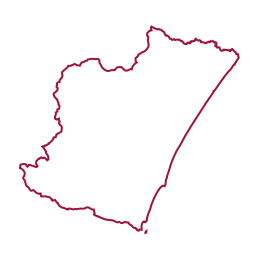 the district of Thap Sakae, Prachuap Khiri Khan, Thailand, rotated 5°
{"feature_id": "78962969B3750900919123", "entity_name": "Thap Sakae", "entity_type": "district", "adm_level": 2, "iso_a3": "THA", "parent_name": "Thailand", "parent_adm1": "Prachuap Khiri Khan", "projection": "albers", "projection_center": [99.584, 11.545], "detail": "fine", "context": "isolated", "style": "outline", "palette": "rose", "viewbox_px": 256, "rotation_deg": 5, "n_neighbors": 0, "source": "geoboundaries", "source_scale": "gbopen_adm2", "svg_char_len": 5680}
<svg xmlns="http://www.w3.org/2000/svg" viewBox="0 0 256 256"><g transform="rotate(5 128 128)"><path d="M150.5,228.3L150.0,224.7L150.3,222.2L150.7,221.1L151.4,220.1L152.4,219.7L152.7,219.8L152.7,220.3L153.0,220.4L153.5,219.7L154.4,219.5L154.9,218.2L154.7,217.2L154.9,215.1L155.9,210.8L157.1,207.1L158.2,201.7L160.1,195.7L162.4,190.0L164.3,186.3L166.0,183.9L167.3,182.8L167.8,182.4L169.6,182.7L170.3,181.1L170.2,176.9L171.0,174.3L171.1,172.6L172.7,166.3L173.5,161.8L175.7,153.9L178.4,146.6L181.6,140.3L185.9,130.3L190.6,120.8L203.2,96.9L210.5,83.9L210.2,83.7L211.1,82.9L219.6,68.3L222.9,63.4L225.5,60.1L227.9,55.7L228.7,55.6L228.9,54.2L229.2,54.1L229.3,53.6L229.8,53.1L230.0,52.1L231.8,49.1L232.1,48.4L232.0,47.7L231.5,46.9L231.5,45.6L231.3,45.0L230.4,44.9L230.0,45.1L229.6,45.1L229.0,43.4L228.3,43.1L226.1,41.2L225.3,40.9L225.0,40.3L224.6,40.4L224.4,41.3L223.8,41.6L223.3,41.4L222.9,41.5L222.9,42.0L223.2,42.3L223.1,42.5L222.6,42.5L221.9,42.0L221.3,41.8L220.8,42.0L220.4,41.7L217.7,41.7L216.9,41.5L216.7,41.6L216.9,42.0L216.7,42.3L215.8,42.1L215.5,42.7L214.2,42.9L213.4,42.3L212.7,41.2L212.2,39.8L211.6,39.6L211.0,39.9L210.3,40.0L209.9,39.8L209.4,39.9L209.0,38.5L208.1,38.8L207.7,38.6L207.7,37.9L208.7,37.2L208.9,36.7L208.6,36.1L208.7,35.6L208.2,35.1L207.9,35.0L207.7,35.5L207.2,35.3L206.6,35.4L206.2,34.7L205.3,34.4L204.8,33.9L204.1,34.5L202.7,34.3L202.3,35.0L201.9,35.3L201.3,35.0L200.6,35.1L200.3,35.7L199.4,35.8L198.5,36.5L197.2,36.6L196.7,36.5L195.7,36.1L194.1,36.0L193.7,36.3L193.1,36.0L193.3,35.4L192.9,34.8L191.6,34.3L190.5,34.8L189.1,34.1L188.5,34.1L188.2,33.6L187.6,33.2L187.2,33.8L187.3,34.7L186.8,35.4L186.0,35.7L185.4,35.6L184.5,36.2L183.8,35.9L182.8,36.4L183.1,37.4L182.5,38.1L182.0,38.3L181.6,37.8L180.5,37.5L180.3,37.9L178.8,38.9L178.9,39.3L177.3,39.3L176.0,38.8L175.7,37.9L175.1,37.5L174.9,37.3L174.4,37.2L174.1,36.6L172.7,36.6L171.7,35.5L171.1,35.5L170.7,35.8L169.2,35.5L167.9,36.0L167.3,36.2L166.4,35.5L165.5,35.8L164.5,36.5L163.2,35.5L161.8,35.4L161.2,34.0L159.5,32.8L159.0,32.8L158.7,32.4L158.4,32.3L158.0,32.6L157.3,32.5L157.1,31.7L156.4,31.1L156.2,30.3L155.0,28.8L154.2,28.6L153.8,28.1L153.4,28.2L152.5,27.3L151.8,27.1L150.9,27.2L150.2,26.7L149.3,26.9L149.0,27.2L148.7,27.2L148.4,26.9L146.1,26.5L142.5,24.9L142.1,25.6L142.6,28.0L142.9,28.7L141.0,29.3L139.0,31.6L138.8,32.6L139.1,34.4L139.5,34.5L140.4,35.9L140.4,37.1L140.1,38.0L140.1,39.2L140.9,41.2L141.4,44.2L141.3,45.3L139.2,48.8L138.2,49.7L137.5,50.4L135.1,51.6L133.4,53.1L132.0,53.8L131.9,54.7L131.5,55.5L129.5,57.7L129.7,60.5L131.0,62.0L129.8,62.8L128.3,64.6L126.9,66.9L126.7,69.2L125.5,69.1L124.4,69.6L123.2,70.4L121.9,70.9L120.7,71.0L119.7,70.8L116.2,67.9L112.8,68.3L112.3,68.5L111.6,68.9L109.6,71.5L106.7,71.7L105.2,72.4L102.5,73.1L99.8,72.1L97.0,70.1L96.5,69.4L95.9,68.1L93.9,65.5L93.6,63.0L92.8,62.1L91.5,61.9L89.9,62.2L85.8,62.2L82.0,63.3L81.4,64.4L79.8,64.8L78.1,66.2L76.6,66.5L76.2,66.8L76.0,67.6L75.5,67.7L75.3,68.1L74.8,70.0L72.3,70.0L70.8,69.6L69.8,69.0L69.1,68.9L68.6,69.1L67.6,69.9L66.3,70.4L65.4,71.1L63.3,71.2L62.7,71.6L62.6,72.8L61.7,73.5L60.5,74.9L58.7,76.6L57.8,77.7L57.3,78.8L58.1,81.1L58.0,82.9L57.4,84.1L56.5,84.9L56.4,85.6L55.7,86.4L55.7,87.1L55.9,88.0L54.7,88.5L53.7,89.1L53.3,90.0L53.3,90.4L53.7,91.3L53.1,92.9L53.4,93.6L54.5,94.4L54.4,96.5L53.8,97.0L52.7,98.7L51.8,99.2L51.3,99.7L51.0,100.7L51.1,101.4L52.4,103.7L54.2,105.3L54.9,105.6L55.4,107.2L56.5,108.7L56.7,110.7L57.0,111.2L57.8,111.7L57.9,112.1L57.7,114.5L57.3,115.2L56.5,115.5L56.3,115.9L56.0,115.9L56.2,117.8L55.0,118.5L54.8,119.0L54.9,120.9L54.4,122.9L54.3,124.8L54.7,125.2L56.4,125.8L58.4,124.7L58.5,126.5L59.3,127.3L59.4,127.6L58.8,129.0L58.8,129.3L60.4,131.2L61.6,131.9L62.1,133.7L62.0,136.8L61.9,137.3L59.8,139.0L58.4,139.7L57.6,140.5L57.1,141.1L57.2,141.7L56.8,142.5L56.9,143.3L56.6,143.5L54.9,143.8L54.5,144.5L54.4,145.6L53.0,147.8L51.0,149.8L50.5,150.0L50.3,150.2L50.3,150.8L49.3,151.3L48.3,152.4L47.0,152.5L46.6,153.4L44.9,153.6L44.3,154.0L45.3,154.8L48.5,158.8L48.4,159.9L50.1,161.9L51.2,163.8L51.1,164.5L51.4,165.6L51.3,166.4L51.1,166.6L50.3,166.7L50.1,167.1L47.7,164.9L46.9,164.9L45.6,165.6L44.9,165.3L44.3,164.8L43.9,164.9L43.2,165.2L42.5,166.4L41.3,166.5L40.8,167.6L39.9,168.5L39.6,169.1L39.4,170.7L39.8,172.1L41.1,173.6L41.1,174.2L40.8,174.5L40.0,174.8L38.9,174.8L37.2,174.0L35.9,174.0L33.5,173.2L32.1,173.6L31.8,174.0L31.6,175.1L31.4,175.3L30.2,174.6L29.6,173.1L28.9,173.0L26.7,173.0L24.1,173.9L23.9,177.3L24.7,177.5L26.1,178.2L27.6,179.5L28.6,180.7L29.0,181.9L29.1,183.7L27.9,186.7L28.0,187.3L29.6,189.1L30.1,190.0L31.2,193.3L31.9,194.4L32.6,195.0L34.3,196.0L35.5,197.8L36.4,198.7L36.8,198.9L37.5,198.9L38.7,198.2L39.1,198.1L40.8,199.2L41.2,199.7L42.5,200.7L45.0,201.3L46.7,200.9L47.2,203.1L47.5,203.7L52.4,203.3L56.1,203.9L56.7,204.5L58.5,205.6L58.6,205.8L58.3,206.3L59.0,206.9L59.5,207.0L61.4,206.0L63.3,208.0L64.5,208.8L64.4,209.2L66.1,210.9L66.4,211.6L69.6,213.2L71.0,213.1L74.3,214.4L74.8,214.0L75.5,214.2L75.7,213.5L77.6,213.3L80.4,213.9L81.5,213.6L82.3,213.2L84.0,213.3L87.7,212.4L90.6,212.3L91.7,212.0L93.9,210.6L95.2,210.6L96.3,210.9L98.6,212.1L99.2,212.1L100.2,212.4L101.0,212.2L102.2,216.0L102.1,216.4L101.6,216.9L101.7,217.3L103.6,218.1L105.8,218.6L106.8,219.1L112.5,220.8L115.0,221.2L121.1,221.4L125.6,223.0L126.9,222.5L127.9,222.5L129.4,223.2L130.6,223.3L132.0,222.4L133.6,221.8L134.0,222.1L134.4,222.2L136.7,222.2L137.7,223.6L138.3,223.9L138.7,224.3L139.8,224.6L140.0,225.0L140.3,225.0L141.5,226.3L142.7,226.9L144.1,226.9L144.5,227.5L145.5,227.7L145.7,228.7L146.7,229.3L147.4,229.4L147.7,229.3L148.2,228.1L150.5,228.3ZM154.9,230.9L155.3,230.3L155.5,229.5L155.4,228.9L154.7,229.5L154.7,230.4L154.4,230.9L154.5,231.1L154.9,230.9Z" fill="none" stroke="#9f1239" stroke-width="2"/></g></svg>